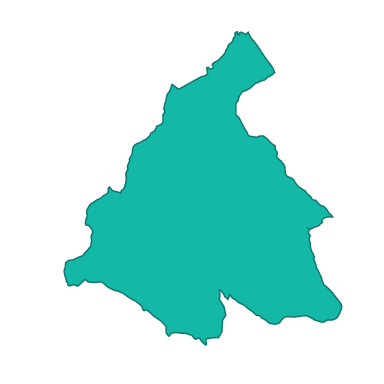 the district of Tibana, Boyacá, Colombia, rotated 263°
{"feature_id": "7082276B18442466536693", "entity_name": "Tibana", "entity_type": "district", "adm_level": 2, "iso_a3": "COL", "parent_name": "Colombia", "parent_adm1": "Boyacá", "projection": "mercator", "projection_center": [-73.383, 5.308], "detail": "fine", "context": "isolated", "style": "filled", "palette": "teal", "viewbox_px": 384, "rotation_deg": 263, "n_neighbors": 0, "source": "geoboundaries", "source_scale": "gbopen_adm2", "svg_char_len": 5956}
<svg xmlns="http://www.w3.org/2000/svg" viewBox="0 0 384 384"><g transform="rotate(263 192 192)"><path d="M114.2,57.6L113.8,59.2L114.4,63.3L113.9,64.8L112.9,66.0L112.6,66.8L112.7,67.5L113.5,68.8L115.0,70.6L116.3,72.7L118.0,74.7L118.2,75.4L115.7,77.5L115.0,79.2L114.0,84.7L114.1,88.2L113.7,91.5L112.7,92.7L109.0,95.8L107.1,98.0L104.2,102.4L102.4,106.9L100.5,110.3L99.1,112.1L95.9,115.5L92.3,120.0L90.5,122.7L86.4,126.9L84.4,128.4L81.2,129.0L80.4,129.4L80.0,130.0L80.5,130.9L80.5,132.1L80.2,132.9L77.3,135.8L73.6,138.8L68.8,144.4L66.5,146.4L62.3,149.6L61.3,149.9L58.1,149.4L55.6,149.3L53.7,150.0L52.0,151.2L51.7,151.7L53.8,153.8L54.2,154.6L54.5,155.5L54.6,156.4L54.2,160.3L52.8,165.6L52.6,168.3L50.9,171.8L50.2,173.7L49.8,174.3L46.1,176.7L45.4,177.4L45.3,177.8L46.2,178.5L46.2,178.8L45.9,179.2L46.2,179.8L46.2,181.4L45.9,181.7L43.9,182.6L42.7,183.3L40.1,185.3L38.5,187.0L38.7,187.4L39.2,187.8L42.2,187.6L43.2,187.8L44.1,188.1L44.4,188.7L44.7,189.5L44.8,194.5L44.5,199.2L44.1,200.5L49.8,204.8L53.8,205.2L55.6,205.8L60.0,206.5L61.3,206.8L62.8,208.1L64.7,210.1L65.5,210.4L68.0,210.4L70.0,210.1L72.4,210.0L74.4,209.7L82.1,206.1L84.6,206.8L86.5,207.1L90.5,207.3L91.3,207.0L91.2,207.5L89.9,209.2L87.7,210.4L86.9,211.1L84.8,211.5L83.4,212.3L82.6,213.6L82.0,214.0L81.1,214.2L81.4,214.7L82.8,215.8L85.6,216.7L83.5,218.4L81.7,219.2L79.6,222.2L77.4,223.8L75.5,226.4L74.2,228.8L72.2,231.1L70.4,232.7L69.3,233.4L66.2,237.2L61.9,240.9L61.4,242.3L61.1,244.0L60.5,244.7L58.9,245.4L55.8,249.6L52.4,252.8L51.0,256.9L50.7,259.4L50.8,260.6L51.3,262.5L52.2,263.6L55.2,266.5L55.9,267.5L56.4,268.5L56.7,271.2L55.4,278.7L55.6,287.6L55.0,291.4L51.8,296.1L50.1,298.0L47.2,304.4L46.8,306.1L47.1,307.7L47.9,309.1L48.3,310.7L48.3,312.3L47.9,314.2L48.0,316.3L48.7,319.0L49.3,320.2L50.7,321.6L52.5,323.0L57.6,326.0L59.6,326.5L61.2,326.6L63.4,326.0L74.9,319.0L77.0,317.6L81.9,313.7L83.5,311.7L84.5,311.4L88.2,310.4L91.2,310.0L94.2,309.1L95.0,308.7L98.6,307.7L99.9,306.9L101.7,306.3L104.2,306.2L109.7,304.8L110.9,304.9L111.5,304.6L112.2,305.4L112.9,305.6L114.1,305.0L116.0,304.8L118.9,303.4L120.3,303.1L123.4,302.9L127.5,303.1L129.4,302.6L131.5,302.7L132.3,302.9L133.4,303.8L134.1,303.9L135.5,303.6L135.6,303.1L136.3,302.6L138.8,303.1L139.9,303.6L140.5,303.6L141.6,303.0L140.7,304.5L140.7,305.2L142.3,309.7L142.5,311.1L143.4,314.2L144.8,315.6L145.8,317.6L146.4,317.8L147.7,317.3L148.1,317.4L149.4,318.8L150.0,319.7L150.7,323.2L150.5,326.7L150.1,327.9L150.1,328.6L152.4,327.3L153.7,325.7L154.9,325.1L158.0,323.8L160.4,322.1L162.1,320.3L162.5,318.8L163.3,317.7L165.0,316.2L167.7,314.5L168.8,313.6L169.1,311.9L169.7,310.8L170.1,310.4L172.9,309.2L174.1,308.3L176.3,306.0L177.4,305.4L179.4,304.5L181.3,301.7L182.7,300.4L183.6,299.0L184.9,297.9L188.5,295.7L191.6,294.4L192.7,293.5L193.5,292.7L195.7,288.7L196.9,287.6L198.5,287.1L203.0,287.0L205.4,287.3L205.9,287.3L207.8,286.2L209.0,286.3L209.7,285.2L211.4,284.5L214.8,281.4L216.0,280.5L217.0,280.2L218.7,281.0L220.6,281.4L221.9,281.0L223.3,280.2L224.6,279.9L227.2,280.1L228.1,279.9L228.3,279.6L228.5,278.9L228.8,278.5L231.9,275.7L236.3,272.5L238.8,269.9L239.2,267.4L239.2,265.4L238.5,262.9L238.5,262.2L239.3,260.1L240.2,256.6L240.7,255.5L241.6,254.7L243.0,254.2L244.5,253.9L248.9,251.8L260.0,247.7L261.5,246.6L262.1,245.8L263.3,244.9L270.7,245.9L272.6,245.9L274.2,246.3L275.9,247.6L276.9,248.8L278.3,249.3L278.7,249.3L280.6,250.4L281.8,250.9L284.9,253.7L285.5,254.8L285.6,255.7L286.4,257.8L286.4,258.8L286.7,259.4L287.4,260.7L288.0,262.4L291.3,267.0L292.3,268.6L292.4,270.0L294.0,274.9L294.2,277.1L294.6,278.1L295.7,279.9L297.0,281.1L297.2,283.0L299.5,287.3L300.6,288.7L305.6,287.1L307.8,286.1L314.3,282.1L330.1,274.2L333.1,272.4L338.1,269.1L343.7,267.2L342.3,265.2L341.8,264.9L341.7,264.4L343.3,262.4L344.5,260.5L344.6,259.6L344.4,259.2L343.7,258.4L342.5,258.0L342.6,257.0L343.5,256.1L344.0,256.3L344.6,256.9L345.3,256.8L345.5,255.8L345.0,254.5L344.6,254.1L344.1,253.9L341.8,254.0L340.8,253.7L340.7,253.0L340.1,252.2L338.8,251.5L337.0,250.8L336.1,250.0L335.6,249.5L334.8,247.9L333.9,246.6L333.2,246.1L332.5,245.5L330.9,244.8L328.3,242.7L327.0,242.3L325.7,241.5L323.9,239.6L319.9,234.6L319.0,233.0L318.3,231.0L317.5,229.4L317.0,228.9L316.8,228.2L316.3,227.8L315.5,227.6L314.1,228.2L312.8,228.2L312.2,228.0L312.1,227.1L311.5,226.1L311.5,225.8L313.2,223.6L313.9,223.1L313.6,221.9L313.1,221.7L307.5,221.9L305.5,218.7L305.4,215.5L295.6,191.2L301.0,185.7L301.2,185.3L295.8,182.7L294.6,181.9L292.5,179.9L291.0,178.9L288.3,178.0L286.2,177.5L285.4,177.0L281.8,175.3L280.4,175.1L278.3,174.3L277.8,174.2L276.4,174.4L275.1,175.1L274.2,174.8L273.6,173.7L271.9,172.5L271.0,172.3L269.6,172.6L268.7,172.4L267.7,172.0L265.3,171.9L264.4,171.4L262.5,168.7L261.7,165.4L261.4,164.8L259.7,164.3L258.9,163.3L257.4,162.4L256.9,161.7L256.2,159.9L255.4,158.4L254.8,157.9L253.1,157.1L251.5,154.9L250.0,153.2L249.0,149.9L247.4,146.5L246.6,142.9L245.4,140.5L244.0,139.4L243.3,139.0L241.4,138.3L236.7,137.0L235.4,136.2L233.4,134.5L232.1,133.9L230.2,133.8L228.4,132.6L225.3,131.1L224.2,131.0L223.0,131.1L222.4,131.0L221.8,130.8L219.6,129.2L218.6,128.7L217.1,128.4L213.5,128.5L208.7,127.3L204.4,125.2L203.2,124.5L202.8,123.8L202.7,123.3L202.2,122.4L201.8,122.0L201.2,121.6L199.6,120.9L200.6,119.4L202.4,114.6L203.1,113.1L206.9,110.9L206.8,110.6L206.4,109.8L205.7,109.4L204.6,109.1L202.6,109.0L201.0,107.9L199.8,105.8L199.2,103.8L197.2,101.0L196.6,99.6L196.2,97.7L195.4,95.9L193.6,92.7L193.1,91.2L192.6,90.4L191.5,88.9L187.3,85.7L185.4,85.0L184.6,84.9L181.0,85.1L179.7,84.6L178.4,83.6L176.6,83.2L175.6,82.7L174.3,82.4L172.7,82.5L171.8,83.0L171.7,83.5L171.9,84.7L171.3,85.5L166.4,88.4L165.5,88.6L163.7,88.3L160.5,86.6L158.9,86.3L157.2,86.5L155.6,86.4L152.8,85.5L151.4,85.2L149.6,84.3L148.7,82.8L147.3,81.6L145.4,79.4L145.3,79.0L144.6,78.1L142.3,76.2L141.9,75.0L141.1,71.7L139.3,66.1L139.0,63.0L139.1,60.8L137.1,58.0L136.2,57.7L133.4,57.3L130.6,55.9L128.6,55.4L125.1,55.6L120.7,56.4L118.3,56.5L116.6,57.7L114.2,57.6Z" fill="#14b8a6" stroke="#0f766e" stroke-width="1.5"/></g></svg>